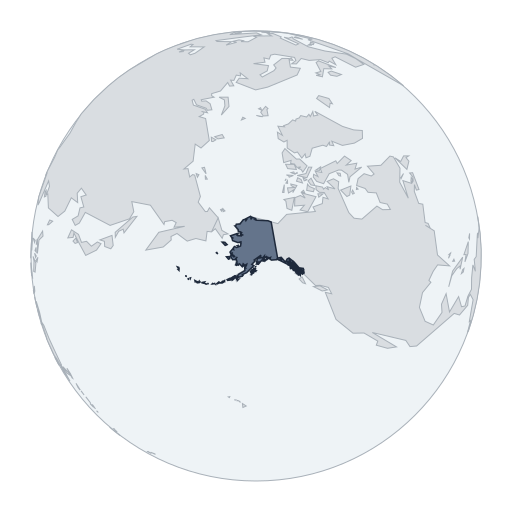 Alaska highlighted on a globe, orthographic projection
{"feature_id": "USA-3563", "entity_name": "Alaska", "entity_type": "State", "adm_level": 1, "iso_a3": "USA", "parent_name": "United States of America", "parent_adm1": "", "projection": "orthographic", "projection_center": [-152.163, 61.314], "detail": "fine", "context": "on_globe", "style": "filled", "palette": "slate", "viewbox_px": 512, "rotation_deg": 0, "n_neighbors": 0, "source": "natural_earth", "source_scale": "10m", "svg_char_len": 17705}
<svg xmlns="http://www.w3.org/2000/svg" viewBox="0 0 512 512"><circle cx="256" cy="256" r="225" fill="#eef3f6" stroke="#a8b0b8"/><path d="M154.9,453.9L155.4,454.4L155.2,454.3L154.9,453.9ZM468.4,331.1L467.7,331.8L470.5,320.7L469.3,321.6L473.1,299.7L470.3,294.3L468.4,297.6L467.7,305.3L459.5,315.0L454.2,313.4L416.6,346.0L410.0,346.6L405.8,340.4L372.3,332.5L396.5,346.9L387.5,348.3L376.3,345.2L377.8,341.1L364.0,333.0L353.0,333.2L336.0,319.4L325.3,292.3L331.7,293.8L328.4,287.4L320.1,285.3L315.5,285.5L292.9,263.4L265.6,257.3L256.9,264.5L258.9,256.1L242.2,276.2L227.3,280.3L244.3,270.2L246.1,265.0L236.1,264.9L235.7,259.6L230.7,256.6L231.2,250.4L241.1,245.4L241.6,241.4L234.5,241.6L230.5,235.8L240.9,236.0L235.1,226.0L250.5,216.5L277.9,223.6L286.6,214.4L315.4,211.5L313.0,207.0L322.3,203.6L323.0,197.3L328.1,198.9L324.2,192.5L319.4,192.3L316.0,189.5L316.0,185.8L322.5,187.1L323.5,189.1L325.4,187.6L328.7,189.9L327.1,186.7L335.0,188.9L327.1,181.4L333.5,178.8L338.7,181.7L338.1,188.3L348.8,212.6L354.0,218.2L361.9,219.1L376.9,206.1L382.6,209.7L390.4,209.5L387.3,204.1L380.1,202.5L376.3,192.9L368.0,192.3L365.2,188.5L356.6,185.5L358.1,178.6L364.1,173.7L371.3,176.0L374.1,174.0L367.4,166.2L380.9,165.3L389.9,156.1L393.4,156.9L400.0,168.2L399.7,182.2L408.3,198.2L402.9,180.6L411.7,183.4L413.2,181.0L412.8,176.8L409.6,173.0L412.6,172.7L419.0,189.5L416.4,190.1L414.4,184.6L414.3,191.4L418.7,203.4L422.8,204.2L425.1,222.5L428.1,223.4L430.2,228.1L425.4,225.3L434.2,230.8L437.5,255.0L449.6,265.9L437.6,264.9L433.2,271.3L428.9,280.4L430.9,282.3L422.5,292.6L419.4,307.4L425.1,321.3L433.3,325.0L442.0,312.4L441.5,304.2L446.1,293.7L449.5,312.0L458.6,296.6L461.5,306.7L465.0,306.0L467.9,296.2L471.5,289.3L471.6,278.0L472.9,264.9L475.4,271.3L474.2,259.4L476.2,256.6L477.3,234.9L477.9,238.1L479.2,227.6L477.8,216.6L480.1,233.0L481.2,249.6L481.0,266.2L479.7,282.7L477.1,299.1L473.3,315.3L468.4,331.1ZM242.9,407.5L242.4,403.5L246.2,406.0L242.9,407.5ZM239.7,401.2L240.4,402.5L239.3,401.4L239.7,401.2ZM237.4,400.4L239.0,400.9L237.1,400.7L237.4,400.4ZM234.2,399.8L235.9,399.9L235.7,400.1L234.2,399.8ZM452.6,271.1L462.7,257.1L460.1,269.2L460.0,266.0L456.8,268.6L451.8,275.7L448.7,286.8L452.6,271.1ZM229.4,397.6L228.3,396.9L229.8,396.6L229.4,397.6ZM450.0,255.3L448.5,258.3L449.5,254.9L450.0,255.3ZM313.5,286.6L320.0,285.9L327.6,289.9L322.2,291.0L313.5,286.6ZM299.1,279.0L302.1,276.9L305.5,283.7L302.7,282.8L299.1,279.0ZM250.7,271.0L256.0,270.6L251.0,272.9L250.7,271.0ZM229.9,257.3L228.5,259.2L226.5,256.9L229.9,257.3ZM356.4,189.5L356.6,187.5L358.1,189.1L356.4,189.5ZM352.6,190.1L354.3,193.3L352.7,194.1L351.7,192.1L352.6,190.1ZM225.4,245.4L222.7,241.3L227.2,244.5L225.4,245.4ZM350.9,186.0L349.7,195.1L346.9,196.5L340.7,190.1L350.9,186.0ZM222.2,238.3L215.3,228.7L211.5,231.9L218.2,217.8L221.9,230.4L228.1,233.9L223.4,234.7L222.2,238.3ZM317.9,193.8L323.0,193.9L318.8,197.2L317.9,193.8ZM316.0,196.7L307.7,211.7L300.1,210.0L304.4,205.2L294.6,206.0L294.9,197.7L300.4,195.5L305.2,198.1L301.7,193.0L316.0,196.7ZM223.1,211.7L222.9,208.8L225.0,210.9L223.1,211.7ZM314.4,188.6L313.4,191.7L306.7,190.4L307.5,184.1L309.4,186.5L314.4,188.6ZM291.8,210.3L287.0,208.4L285.9,201.2L283.9,199.5L294.3,197.4L291.8,210.3ZM310.9,184.9L308.0,180.9L311.1,178.2L314.9,185.6L310.9,184.9ZM304.7,192.8L301.5,192.0L303.5,190.3L304.7,192.8ZM320.5,166.9L319.5,170.4L315.9,170.0L320.5,166.9ZM306.8,179.6L305.7,180.5L304.2,180.8L303.0,177.7L306.8,179.6ZM292.8,192.6L293.4,190.0L288.5,193.0L287.5,187.9L294.6,187.5L291.1,185.5L290.8,184.0L296.9,185.5L292.8,192.6ZM297.2,175.5L305.9,173.6L308.6,167.1L311.8,167.2L306.9,177.7L297.2,175.5ZM296.5,181.2L297.7,177.7L301.1,179.5L302.5,183.0L296.5,181.2ZM284.3,184.6L284.0,192.5L282.5,192.4L284.3,184.6ZM297.3,173.2L295.2,173.7L297.1,172.5L297.3,173.2ZM287.5,180.6L287.6,183.4L285.9,183.1L287.5,180.6ZM291.0,172.6L293.8,171.9L294.8,174.2L291.0,172.6ZM288.8,176.0L286.4,174.9L293.4,175.5L289.2,177.2L288.8,176.0ZM285.9,179.9L284.9,180.7L286.1,178.8L285.9,179.9ZM285.6,164.3L294.2,164.4L296.4,169.5L287.7,168.6L285.6,164.3ZM403.6,85.8L403.3,85.6L357.6,59.5L348.1,53.8L312.3,41.3L307.9,39.7L312.3,39.2L285.6,32.8L276.8,32.3L252.4,30.9L236.0,31.8L229.8,34.6L256.6,32.9L261.1,34.8L239.4,37.5L216.0,40.6L217.0,41.5L231.6,41.7L226.1,45.1L236.7,42.3L232.5,41.4L239.0,39.9L243.3,40.6L241.1,41.6L248.1,41.8L256.5,37.3L253.1,36.0L271.6,35.9L267.8,33.8L272.9,33.5L281.2,36.9L280.3,38.1L295.9,45.1L298.6,43.8L284.0,37.2L288.6,38.2L292.1,36.9L293.1,38.7L308.3,46.8L324.9,51.0L346.3,54.1L355.9,58.7L363.8,64.4L355.6,67.2L335.1,56.8L331.9,58.2L335.8,64.7L329.2,61.1L328.2,62.7L320.4,59.6L309.1,60.4L301.2,58.5L296.4,63.9L291.7,63.8L295.9,60.5L294.5,57.4L274.6,54.2L270.7,55.1L269.2,59.1L263.9,57.9L265.0,62.2L253.5,63.6L268.5,65.6L267.2,70.9L260.0,74.8L262.3,77.0L273.9,70.7L276.1,68.0L273.7,64.9L282.0,58.4L288.9,58.5L290.4,67.1L300.3,68.3L297.1,75.0L267.7,87.1L255.6,89.9L236.2,82.4L239.2,78.2L247.7,78.7L240.2,72.9L240.6,75.9L236.3,75.1L233.9,80.4L230.6,80.1L233.8,85.8L229.6,86.1L227.7,82.5L220.5,91.0L211.7,93.6L211.6,95.7L214.1,97.2L201.2,99.7L201.7,101.2L206.1,100.9L210.1,103.7L211.9,109.8L207.4,110.3L206.1,108.2L196.5,104.8L193.8,99.3L192.1,100.2L193.4,105.1L205.1,109.2L207.5,112.8L201.5,111.4L203.9,112.1L203.6,114.1L199.2,116.6L205.6,118.5L209.3,140.5L201.0,148.0L195.2,144.1L193.1,161.2L183.9,169.0L188.0,168.6L189.7,177.0L192.6,174.6L194.7,175.1L200.4,196.5L198.2,202.2L205.3,211.6L207.4,211.5L209.4,207.8L218.2,217.8L211.5,231.9L207.1,231.4L205.9,240.9L195.9,238.5L187.2,241.1L177.0,233.5L171.0,236.5L171.2,240.0L163.2,247.0L145.8,250.1L158.8,232.3L184.7,226.3L174.0,227.2L176.2,222.6L172.1,220.3L164.7,221.6L164.0,224.5L150.4,205.2L131.8,201.6L133.8,211.7L129.5,218.8L110.1,225.4L85.3,212.4L79.3,223.1L75.2,225.4L72.2,219.4L78.1,215.9L80.0,207.9L83.8,207.0L80.9,196.7L86.2,195.0L81.4,188.2L77.2,193.2L77.7,202.6L71.3,197.8L64.8,211.1L58.0,216.5L48.4,207.9L47.8,194.0L46.5,194.6L49.5,186.3L48.6,180.9L39.3,202.5L37.9,205.1L38.7,196.9L39.6,194.4L47.3,172.4L45.5,175.8L46.6,172.8L47.3,171.3L54.4,157.8L57.7,149.9L59.8,147.3L70.0,133.1L76.1,122.0L81.3,113.8L94.0,99.4L108.0,86.2L108.8,85.5L118.3,77.7L129.2,70.0L155.9,54.2L159.9,52.3L164.8,50.0L176.0,45.5L182.1,43.5L188.8,41.2L180.1,43.9L197.1,38.5L214.5,34.6L232.2,32.0L231.7,32.1L231.8,32.1L232.2,32.0L233.7,31.8L237.2,31.5L240.4,31.3L237.5,31.5L253.8,30.7L270.1,31.2L286.4,32.8L302.4,35.6L318.3,39.5L333.8,44.6L348.8,50.7L363.5,58.0L377.5,66.3L390.9,75.6L403.6,85.8ZM161.1,51.7L159.6,52.4L158.5,52.9L161.1,51.7ZM373.4,64.7L374.7,65.1L373.4,64.7ZM191.0,44.2L177.1,49.2L183.8,49.9L179.0,52.0L183.1,51.6L184.4,49.9L194.3,49.8L188.5,53.3L190.4,54.8L195.1,53.2L204.2,46.9L190.1,46.8L193.0,44.5L191.0,44.2ZM477.3,234.2L477.7,232.8L477.8,236.3L477.3,234.2ZM461.4,273.6L462.7,269.6L464.0,268.4L463.3,272.0L461.4,273.6ZM468.8,237.8L469.6,233.4L469.5,239.1L468.8,237.8ZM463.9,254.7L468.3,241.6L468.0,253.5L464.9,261.9L466.1,254.5L463.9,254.7ZM452.7,261.3L453.9,259.2L454.6,261.2L452.7,261.3ZM450.7,252.9L450.5,254.0L449.2,254.3L450.7,252.9ZM411.3,182.4L410.9,181.1L411.2,177.3L412.6,180.0L411.3,182.4ZM403.6,155.9L408.7,155.9L406.0,157.6L408.9,161.2L406.9,169.4L395.0,157.8L400.7,161.5L403.6,155.9ZM400.8,177.7L403.5,173.5L401.1,178.6L400.8,177.7ZM330.6,75.2L328.1,72.3L331.3,71.1L341.4,74.5L336.9,76.3L330.6,75.2ZM323.8,68.7L322.4,76.8L316.1,75.3L319.9,74.7L315.8,72.9L320.8,71.5L316.1,62.5L318.6,60.9L335.9,67.5L328.9,66.1L331.8,68.9L323.8,68.7ZM330.1,103.2L329.5,107.5L316.6,98.5L318.7,95.6L328.9,98.5L332.4,103.8L330.1,103.2ZM340.2,173.3L340.7,176.1L338.9,175.6L337.0,172.9L340.2,173.3ZM320.3,168.5L335.8,160.8L337.2,163.5L344.5,156.1L351.2,160.6L346.2,165.1L356.8,163.2L355.0,169.1L361.7,167.1L350.0,176.8L348.8,182.3L347.6,174.4L341.5,170.1L338.6,170.0L329.2,173.7L323.6,183.7L316.7,181.4L313.3,177.1L313.6,174.3L318.0,176.6L315.2,171.2L321.8,172.5L320.3,168.5ZM277.4,132.2L282.4,135.3L277.9,126.2L284.5,126.8L283.6,125.7L288.4,123.9L292.7,119.9L295.6,121.1L296.0,119.1L299.2,117.9L300.7,115.6L306.6,117.0L308.9,114.3L310.3,116.6L312.8,111.5L313.6,116.0L317.8,115.1L314.8,111.3L342.5,126.4L353.6,129.9L362.3,130.5L362.5,138.4L354.4,143.1L342.4,145.4L331.8,141.2L333.8,145.7L329.3,145.0L329.6,141.7L326.5,146.5L322.9,145.2L312.2,148.2L309.9,156.3L306.0,157.8L305.1,153.9L301.8,158.1L297.4,152.0L294.5,152.9L287.2,148.0L287.1,140.3L283.9,142.0L278.2,138.6L277.4,132.2ZM283.7,162.6L282.1,152.9L284.9,148.6L296.4,159.1L299.6,159.0L307.1,165.9L302.8,172.1L301.1,169.5L298.4,168.5L300.8,166.9L296.9,167.4L294.4,164.0L290.6,163.4L291.1,160.4L283.7,162.6ZM302.7,39.3L299.2,38.4L293.7,37.4L295.9,36.8L302.7,39.3ZM313.3,44.6L310.1,43.9L310.5,42.1L314.0,43.2L313.3,44.6ZM308.1,45.1L309.9,44.0L311.1,45.2L308.1,45.1ZM292.9,60.3L289.5,60.0L289.2,59.0L291.2,58.0L292.9,60.3ZM265.6,106.4L268.0,108.6L266.9,109.5L268.1,115.7L263.3,116.0L260.7,112.2L265.6,106.4ZM234.5,33.5L239.4,32.6L241.8,32.6L239.6,32.9L234.5,33.5ZM269.2,32.8L261.4,32.2L269.9,32.7L269.2,32.8ZM260.6,107.7L261.6,110.2L258.6,108.8L260.6,107.7ZM259.9,116.5L256.3,115.4L262.9,116.7L259.9,116.5ZM32.0,231.9L32.4,240.5L31.8,250.4L31.1,248.1L30.8,258.3L30.7,256.7L32.0,231.9ZM34.6,242.5L33.1,238.0L35.2,240.3L34.6,242.5ZM37.3,242.1L36.2,244.7L37.1,239.2L37.3,242.1ZM44.4,196.9L45.1,191.8L46.2,190.3L46.0,196.1L44.4,196.9ZM52.7,221.2L48.7,224.7L47.4,224.8L49.7,220.0L52.7,221.2ZM221.3,115.1L224.9,105.9L224.4,99.9L219.1,97.2L228.1,97.2L229.0,106.5L221.3,115.1ZM211.3,137.2L215.9,139.8L212.9,141.6L211.5,141.3L211.3,137.2ZM214.7,136.7L222.2,134.5L224.2,137.9L217.9,138.9L214.7,136.7ZM241.4,120.0L242.8,117.2L245.2,118.4L241.4,120.0ZM55.2,358.2L54.8,357.1L59.0,365.3L55.2,358.2ZM109.6,427.1L112.5,429.6L119.9,435.5L114.9,431.6L109.6,427.1ZM148.0,451.4L151.3,453.5L147.5,451.6L148.0,451.4ZM155.2,454.3L150.6,452.2L154.9,453.9L155.2,454.3ZM114.9,429.9L117.2,431.9L116.3,431.3L114.9,429.9ZM113.6,428.7L114.0,428.6L115.0,429.8L113.6,428.7ZM96.5,410.8L97.4,411.4L98.3,412.5L96.5,410.8ZM93.7,407.4L90.4,404.0L90.4,403.6L93.7,407.4ZM93.1,405.8L92.3,404.4L95.5,408.9L93.1,405.8ZM86.1,397.1L90.6,403.0L85.8,396.9L86.1,397.1ZM84.1,395.0L81.3,391.3L81.4,391.2L84.1,395.0ZM60.6,364.2L70.0,381.2L64.1,372.5L56.9,359.0L54.2,355.3L46.3,338.0L47.2,339.5L45.4,333.8L39.1,315.3L37.8,309.6L39.5,314.1L36.2,301.2L39.6,312.4L41.7,322.1L43.9,325.5L49.1,338.6L55.3,352.0L61.6,365.2L60.6,364.2ZM41.0,322.6L41.7,324.8L41.4,324.3L41.0,322.6ZM76.0,383.3L80.1,389.7L79.8,389.8L78.0,387.4L76.0,383.3ZM62.8,366.6L69.1,373.2L70.9,375.8L67.0,373.2L62.8,366.6ZM66.9,368.2L70.4,373.6L72.7,378.3L72.1,377.9L66.9,368.2ZM33.9,293.3L34.0,294.1L33.3,290.0L33.9,293.3ZM34.6,296.7L37.0,307.6L34.6,296.9L34.6,296.7ZM30.8,263.2L30.9,262.6L31.1,264.0L32.7,278.8L30.9,263.6L31.1,269.3L31.8,276.1L31.3,272.2L31.3,272.8L30.8,263.2ZM34.4,292.9L33.9,286.9L34.4,286.5L34.8,291.1L34.4,292.9ZM33.7,271.4L34.0,261.0L33.1,256.4L35.9,263.3L35.1,272.1L33.7,271.4ZM35.6,257.5L34.6,253.2L36.3,256.0L35.6,257.5ZM35.0,250.5L36.1,247.4L36.2,252.1L35.0,250.5ZM35.9,260.6L37.9,257.3L37.0,262.1L35.9,260.6ZM39.0,240.0L37.4,253.5L37.5,239.4L42.6,231.1L43.0,236.1L39.0,240.0ZM73.0,241.1L75.8,238.1L77.5,242.6L75.1,243.4L73.0,241.1ZM85.7,255.4L78.9,242.8L73.9,233.0L73.1,237.4L67.8,237.9L71.5,229.8L78.5,234.4L81.5,242.4L86.5,241.3L91.4,246.2L97.4,242.0L101.0,243.7L96.5,250.1L85.7,255.4ZM99.9,239.9L112.0,235.4L113.2,245.5L110.8,248.8L104.7,246.5L104.4,241.3L99.9,239.9ZM115.3,237.3L115.2,232.3L132.9,217.0L136.9,216.4L124.0,232.9L123.2,229.2L118.7,231.3L115.3,237.3ZM220.5,209.6L222.6,208.8L221.5,211.2L220.5,209.6ZM196.2,173.6L198.9,174.7L197.4,177.3L196.2,173.6ZM205.4,179.2L205.2,175.4L207.3,179.1L205.4,179.2ZM204.5,167.3L206.1,173.8L201.9,167.9L204.5,167.3Z" fill="#d9dde1" stroke="#a8b0b8" stroke-width="1"/><path d="M271.2,222.0L277.6,258.1L281.2,257.3L285.5,262.2L287.1,259.0L289.0,258.0L294.0,261.9L299.1,267.8L303.3,268.4L304.1,273.0L303.0,273.7L303.4,271.5L302.4,272.7L303.1,271.7L301.3,269.0L299.8,270.6L300.1,271.9L299.5,271.7L299.3,269.5L300.1,269.1L300.2,268.9L296.6,266.5L295.0,266.6L295.0,266.2L295.5,266.1L295.8,265.8L295.8,265.6L294.2,264.7L294.4,264.6L295.6,265.1L294.2,263.9L295.1,263.8L293.0,263.6L293.1,261.7L291.3,262.8L289.1,259.0L290.8,263.5L289.1,263.4L288.8,261.3L286.2,261.3L288.8,263.4L287.7,264.4L280.3,260.6L280.7,258.8L281.4,260.3L282.0,259.2L280.6,258.6L279.3,260.2L277.0,258.9L276.5,259.7L271.5,260.1L270.0,259.2L270.5,257.5L268.0,258.8L268.6,257.9L267.7,257.5L266.9,258.0L266.5,257.8L267.6,257.3L266.3,257.0L267.2,256.2L264.2,257.6L264.4,255.9L262.6,257.9L263.6,258.5L263.1,258.7L262.7,259.2L264.2,259.1L263.3,261.1L261.4,260.6L258.4,264.3L256.4,264.0L258.3,262.0L256.6,262.1L257.5,258.3L262.0,257.7L260.0,256.6L261.1,255.1L254.2,260.0L255.2,260.9L251.8,264.4L253.8,265.6L246.6,272.7L242.4,274.5L243.0,275.3L242.3,276.2L235.7,278.0L235.1,276.9L234.0,278.7L232.7,277.7L232.7,279.1L230.8,279.4L231.0,278.2L234.9,275.7L238.2,276.6L237.6,275.7L238.6,274.3L244.9,270.6L244.7,268.1L245.7,268.0L244.9,267.1L246.3,265.8L246.7,264.2L243.7,266.0L243.2,264.5L243.9,264.5L244.1,265.0L244.2,264.9L243.9,264.4L243.2,263.8L242.2,266.7L239.5,263.8L236.5,265.4L235.6,264.9L237.1,263.3L236.3,263.1L237.0,261.7L236.0,258.4L237.4,257.0L235.6,258.5L235.7,259.6L232.6,259.7L230.6,256.4L231.8,255.1L233.9,256.9L234.5,256.4L233.6,255.8L234.4,255.7L231.4,255.0L232.2,254.5L231.2,253.9L231.5,253.7L231.8,253.2L232.2,253.0L232.4,253.0L232.7,252.5L231.9,253.0L231.4,253.4L231.5,253.7L231.2,253.8L231.1,254.4L230.0,252.1L232.7,248.9L233.6,249.5L233.4,247.8L234.4,246.5L236.6,247.5L240.5,246.1L241.0,243.4L240.1,242.7L241.6,241.6L238.0,242.6L232.6,240.6L231.9,238.1L233.4,238.2L231.4,237.1L230.5,235.8L237.2,233.5L238.1,233.6L238.2,233.8L237.0,235.1L237.8,235.7L242.0,235.9L240.7,235.4L240.2,232.6L241.2,234.7L243.4,235.2L241.5,234.5L240.9,233.6L241.7,232.7L240.5,231.8L238.4,231.7L238.2,229.6L235.0,226.0L235.7,226.0L236.3,224.2L240.0,224.0L243.2,219.8L245.9,219.1L245.5,219.5L245.9,220.6L246.7,219.4L245.6,218.9L250.6,216.3L251.7,217.4L250.8,218.2L251.1,218.9L252.3,217.4L255.8,218.7L256.1,219.7L255.4,219.8L256.2,220.2L267.9,220.7L271.2,222.0ZM256.0,270.5L254.3,270.9L255.1,271.5L253.9,271.6L252.1,273.9L252.6,272.4L251.8,273.0L252.2,272.4L251.6,272.3L251.0,272.4L251.9,272.4L251.4,273.4L250.4,271.5L251.7,270.2L252.1,270.4L251.9,270.7L252.3,270.8L252.3,271.3L252.6,271.7L252.9,271.8L252.3,269.7L253.9,270.1L254.1,269.7L253.7,269.0L256.0,270.5ZM300.3,272.8L300.3,275.1L298.9,273.3L297.7,273.6L297.9,272.1L297.0,272.4L297.2,271.3L296.6,270.4L295.7,269.8L298.6,271.1L299.7,272.2L298.7,271.8L298.6,272.6L300.3,272.8ZM227.1,244.6L225.2,245.4L222.2,242.2L224.9,242.3L227.1,244.6ZM290.6,266.7L288.3,264.2L291.3,264.2L289.5,264.8L292.1,266.2L289.8,265.7L290.6,266.7ZM229.8,258.7L228.5,259.2L226.5,256.8L229.1,256.6L229.8,258.7ZM294.1,265.7L293.0,267.9L293.2,266.3L290.9,262.8L291.7,263.6L292.7,263.3L294.1,265.2L292.5,263.6L294.1,265.7ZM291.8,266.6L293.7,271.1L292.8,269.2L290.5,267.2L291.8,266.6ZM231.4,279.9L227.6,280.4L227.1,279.6L230.1,278.2L230.6,278.4L230.8,279.5L231.4,279.9ZM300.9,269.7L302.0,272.6L301.2,271.0L300.4,272.0L300.9,269.7ZM294.2,267.5L296.2,267.1L296.8,268.3L295.7,267.8L296.6,268.8L295.6,269.5L295.1,267.9L294.2,267.5ZM223.5,282.2L222.2,283.0L219.6,283.0L222.5,282.0L222.0,280.9L223.5,282.2ZM253.8,268.3L256.1,268.4L254.7,269.0L253.8,268.3ZM295.1,268.3L295.0,271.4L293.6,268.4L295.1,268.3ZM219.7,282.7L217.2,283.9L216.3,284.1L218.9,281.9L219.7,282.7ZM204.5,282.0L203.5,283.2L201.4,282.6L204.5,282.0ZM298.0,270.3L299.1,269.8L299.2,270.4L298.0,270.3ZM266.0,259.4L266.2,259.5L264.4,261.7L266.0,259.4ZM179.0,268.3L178.0,268.0L177.4,266.9L178.8,267.4L179.0,268.3ZM198.7,282.5L197.9,282.9L197.3,282.7L198.2,281.6L198.7,282.5ZM299.4,275.4L298.1,274.8L297.8,273.7L299.4,275.4ZM298.7,268.9L299.1,269.7L298.1,268.5L298.7,268.9ZM296.9,268.3L296.9,267.6L297.7,268.3L297.0,268.8L296.9,268.3ZM196.2,281.2L195.2,281.8L194.9,280.5L196.2,281.2ZM297.0,269.0L297.5,269.7L296.9,269.5L297.0,269.0ZM290.2,267.4L290.9,268.5L290.5,268.6L290.2,267.4ZM267.6,259.1L266.8,259.7L266.6,259.2L266.8,258.8L267.6,259.1ZM204.4,283.2L206.9,284.2L205.6,284.0L204.4,283.2ZM237.3,278.0L236.6,279.0L236.6,278.2L237.3,278.0ZM295.8,271.4L295.9,270.6L296.6,270.4L295.8,271.4ZM216.8,252.5L217.8,254.0L216.4,252.8L216.8,252.5ZM237.8,265.6L238.5,264.8L238.7,264.7L237.8,265.6ZM196.8,281.7L197.0,282.2L195.8,281.7L196.8,281.7ZM224.6,280.5L224.6,281.2L224.1,280.8L224.6,280.5ZM301.6,272.6L301.3,273.5L301.2,272.5L301.6,272.6ZM253.3,272.6L254.4,272.4L253.8,272.6L253.6,272.9L253.3,272.6ZM264.3,259.7L264.8,259.1L264.5,260.2L264.3,259.7ZM238.0,279.2L238.8,279.1L237.8,280.1L238.0,279.2ZM188.4,278.7L188.7,279.9L187.8,278.3L188.4,278.7ZM186.0,275.8L186.1,276.2L185.2,275.9L186.0,275.8ZM300.7,273.0L301.0,272.5L301.0,273.1L300.7,273.0ZM291.9,263.3L291.7,262.8L292.5,263.2L291.9,263.3ZM178.9,269.7L178.9,270.3L178.3,269.7L178.9,269.7ZM288.5,265.0L288.5,265.7L288.1,264.9L288.5,265.0ZM190.5,277.9L190.3,278.5L190.1,278.0L190.5,277.9ZM267.3,258.8L268.3,258.3L267.8,258.7L267.3,258.8ZM253.7,268.7L253.7,268.4L254.5,269.0L253.7,268.7ZM255.3,267.2L255.4,266.6L255.6,266.6L255.3,267.2ZM250.5,274.7L250.4,275.2L250.5,274.7ZM208.0,283.5L208.6,283.8L207.8,283.8L208.0,283.5ZM238.2,245.4L238.2,245.8L237.6,245.6L238.2,245.4ZM296.2,271.8L296.5,272.2L296.1,272.0L296.2,271.8ZM212.5,283.6L212.7,284.0L212.1,284.0L212.5,283.6ZM253.8,269.7L253.6,269.6L253.1,269.2L253.6,269.3L253.8,269.7ZM299.0,274.3L298.6,273.7L299.1,274.1L299.0,274.3ZM214.7,283.4L214.9,283.9L214.3,283.5L214.7,283.4ZM251.8,274.4L251.6,274.8L251.3,274.7L251.8,274.4ZM302.1,273.3L302.1,273.9L301.7,273.7L302.1,273.3ZM233.1,279.6L233.3,279.1L233.4,279.4L233.1,279.6ZM263.9,257.8L263.7,257.3L264.1,257.7L263.9,257.8ZM297.2,273.8L297.7,273.6L297.5,273.9L297.2,273.8ZM199.8,282.2L199.8,281.6L200.1,282.0L199.8,282.2Z" fill="#64748b" stroke="#1e293b" stroke-width="1.5"/></svg>